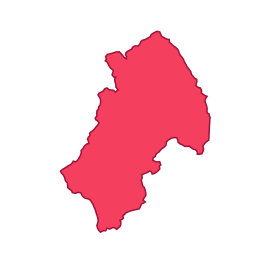 Taperoá, Bahia, Brazil (Mercator projection), rotated 139°
{"feature_id": "56859067B18364917400541", "entity_name": "Taperoá", "entity_type": "district", "adm_level": 2, "iso_a3": "BRA", "parent_name": "Brazil", "parent_adm1": "Bahia", "projection": "mercator", "projection_center": [-39.219, -13.583], "detail": "fine", "context": "isolated", "style": "filled", "palette": "rose", "viewbox_px": 256, "rotation_deg": 139, "n_neighbors": 0, "source": "geoboundaries", "source_scale": "gbopen_adm2", "svg_char_len": 3181}
<svg xmlns="http://www.w3.org/2000/svg" viewBox="0 0 256 256"><g transform="rotate(139 128 128)"><path d="M217.2,67.5L213.8,66.6L212.3,65.1L209.5,66.1L208.0,63.6L205.5,63.1L203.7,61.9L203.0,58.9L200.4,58.9L198.2,59.0L196.3,60.4L195.0,61.8L194.6,63.7L192.7,62.9L190.7,63.0L189.5,65.1L187.6,65.0L185.2,65.3L183.1,64.7L181.1,64.1L178.7,62.9L176.9,62.0L175.0,60.9L172.4,59.6L170.0,60.6L167.6,61.9L165.6,61.1L163.5,60.8L164.0,63.7L161.5,64.8L158.9,65.3L157.1,67.4L156.0,69.6L154.8,72.1L154.8,74.9L153.5,77.2L152.2,79.9L149.6,81.4L148.4,83.7L146.3,83.0L144.6,82.6L142.3,81.6L139.9,81.5L139.2,79.7L139.9,77.3L137.6,76.3L134.4,75.9L130.9,76.2L129.5,78.6L127.5,78.6L126.2,81.8L128.8,83.7L129.8,85.8L130.5,87.6L128.6,88.9L126.0,88.6L124.3,89.8L122.3,89.9L120.2,89.6L117.5,90.1L115.5,90.1L113.6,89.8L110.7,90.1L108.1,92.2L105.9,92.5L103.6,92.1L101.4,91.6L99.1,90.3L97.6,88.4L98.5,86.1L99.6,84.3L99.2,82.0L98.0,79.7L97.3,77.0L95.4,75.3L93.6,74.0L93.3,71.7L92.7,69.5L91.3,67.2L91.3,64.5L92.9,62.8L91.5,61.5L89.2,60.1L86.7,61.1L84.7,62.6L83.6,65.0L81.0,65.9L78.5,66.2L75.0,65.9L60.7,80.7L59.1,82.0L58.6,83.7L57.6,85.5L58.4,87.5L57.1,89.2L55.7,90.5L54.4,92.7L53.3,95.2L52.8,97.0L51.5,98.6L49.6,99.5L47.5,100.0L48.6,101.9L49.2,104.2L49.6,106.5L48.0,107.8L47.1,110.6L48.6,113.1L49.0,115.4L47.4,116.7L45.6,117.8L44.2,119.6L45.1,122.0L45.0,124.4L44.9,127.0L43.7,129.3L43.5,131.4L43.3,133.5L43.2,135.8L42.6,137.9L42.0,141.1L41.1,143.4L40.8,145.8L40.8,148.4L40.3,151.0L39.2,153.0L38.9,155.2L39.2,158.1L39.8,159.9L40.0,162.3L40.5,165.3L38.8,167.8L40.4,169.6L41.5,172.4L42.5,174.9L41.7,177.6L41.0,179.6L42.6,181.9L45.4,182.7L47.6,183.2L49.5,183.2L51.5,182.3L54.0,182.9L55.9,183.2L57.8,183.9L59.6,184.8L61.4,184.8L63.8,183.7L66.7,183.2L68.0,184.6L69.5,185.7L71.7,185.9L73.4,185.2L75.6,185.6L78.0,186.2L79.9,186.2L81.6,185.2L82.3,182.9L83.8,181.3L84.7,183.9L84.4,187.3L84.5,191.1L87.1,193.2L90.2,194.5L93.1,195.9L95.4,197.1L98.1,196.6L99.1,194.2L101.1,193.6L100.4,191.5L100.9,189.7L101.6,187.0L101.9,184.5L101.2,181.3L103.0,179.8L105.2,178.6L105.3,175.8L103.8,174.5L106.0,173.7L107.6,171.4L108.3,169.2L110.3,166.9L110.5,163.3L113.9,163.4L114.2,166.1L115.7,167.6L117.1,169.3L117.6,172.1L120.1,172.9L122.0,172.2L124.1,172.4L127.1,173.3L128.9,172.7L129.3,170.1L129.8,168.0L131.1,166.1L133.6,163.8L136.1,163.2L138.0,161.7L140.0,161.4L141.8,159.8L143.6,157.4L146.2,157.1L146.9,155.4L146.3,153.3L146.6,150.9L149.2,150.0L151.5,149.8L154.0,149.2L156.5,149.1L158.5,149.4L160.5,149.2L161.5,147.2L163.9,147.1L165.9,146.2L166.4,144.3L167.8,142.1L169.7,143.0L172.3,143.0L175.4,142.1L178.1,141.8L179.5,140.0L181.8,138.6L183.9,137.8L185.8,137.2L187.6,136.7L189.6,136.7L191.0,138.9L192.8,138.3L194.8,137.9L197.5,138.6L200.0,139.0L202.6,139.3L204.4,139.7L207.3,139.7L207.7,137.5L207.7,134.8L208.4,132.0L209.3,130.4L209.9,128.7L209.8,126.6L210.9,124.7L212.6,122.5L212.3,120.1L211.7,118.0L212.4,115.7L210.5,113.2L207.8,112.1L206.2,110.1L206.6,108.3L207.1,106.2L206.6,103.7L205.3,101.6L203.9,99.5L203.8,97.6L204.3,94.5L204.9,92.2L205.7,89.8L206.4,87.9L207.1,86.0L208.0,84.3L208.9,81.9L210.1,79.5L211.5,77.4L213.4,76.1L215.5,74.8L216.5,72.8L217.2,70.5L217.2,67.5Z" fill="#f43f5e" stroke="#9f1239" stroke-width="1.5"/></g></svg>